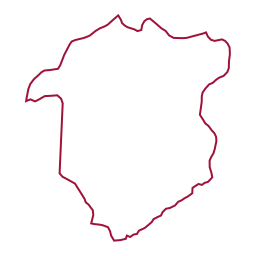 Jaborandi, São Paulo, Brazil
{"feature_id": "56859067B72694861704864", "entity_name": "Jaborandi", "entity_type": "district", "adm_level": 2, "iso_a3": "BRA", "parent_name": "Brazil", "parent_adm1": "São Paulo", "projection": "natural_earth1", "projection_center": [-48.409, -20.657], "detail": "fine", "context": "isolated", "style": "outline", "palette": "rose", "viewbox_px": 256, "rotation_deg": 0, "n_neighbors": 0, "source": "geoboundaries", "source_scale": "gbopen_adm2", "svg_char_len": 1670}
<svg xmlns="http://www.w3.org/2000/svg" viewBox="0 0 256 256"><path d="M26.1,101.1L30.4,99.4L35.1,101.4L38.9,99.5L44.8,96.1L49.2,95.9L52.3,95.7L57.3,95.3L61.1,98.7L62.7,103.3L59.6,173.4L62.6,176.8L65.7,178.4L75.0,183.6L84.6,198.9L85.7,202.3L88.6,204.6L92.8,210.3L93.3,215.0L91.2,223.4L94.3,224.1L99.5,224.6L103.2,225.4L108.0,227.2L110.1,231.3L111.1,235.6L114.1,240.6L120.4,240.1L125.8,238.8L126.9,235.6L130.2,237.0L133.6,234.5L136.9,234.0L139.0,230.6L141.7,229.4L144.7,228.0L148.8,224.6L151.7,222.1L153.6,219.1L157.5,217.1L161.0,215.5L162.6,212.1L165.9,208.8L170.1,207.9L175.1,205.4L178.2,201.8L181.6,200.3L184.3,198.4L188.1,196.3L192.3,193.2L192.5,187.9L195.0,186.2L198.5,184.0L201.9,184.9L204.6,182.9L208.0,181.9L212.3,177.3L211.4,172.8L209.7,167.1L209.6,160.6L211.1,157.2L213.5,153.2L214.8,148.8L215.5,145.3L216.4,141.2L216.1,136.8L214.3,133.1L211.7,130.3L208.5,125.9L205.4,123.5L203.4,120.2L199.9,114.8L201.7,102.0L201.8,96.2L202.6,92.5L205.5,88.4L209.1,84.4L212.7,82.9L216.2,79.7L219.1,77.7L223.6,75.9L227.3,72.1L228.8,68.1L229.0,61.0L229.9,54.4L229.6,47.5L227.6,43.6L225.2,41.0L222.0,39.4L214.6,40.9L211.0,39.8L207.9,36.6L206.0,32.4L202.8,33.6L186.6,37.9L183.7,38.1L180.0,38.1L173.7,37.9L169.2,35.5L165.6,30.9L161.4,28.3L156.5,24.0L149.9,18.5L146.7,19.3L144.2,21.4L142.2,25.1L141.3,30.0L137.5,31.1L134.9,29.6L131.6,28.5L127.5,27.2L124.7,25.5L122.1,23.1L120.8,19.6L118.2,15.4L112.9,20.0L107.7,24.7L104.4,26.5L99.9,28.3L95.5,31.0L89.9,35.5L86.5,37.0L83.3,38.1L75.4,40.0L71.7,41.5L69.7,44.4L64.3,54.7L60.3,65.1L58.0,68.8L49.4,70.1L44.5,70.5L41.5,72.2L38.1,75.5L34.0,79.1L30.3,84.0L28.3,89.2L26.9,96.6L26.1,101.1Z" fill="none" stroke="#9f1239" stroke-width="2"/></svg>